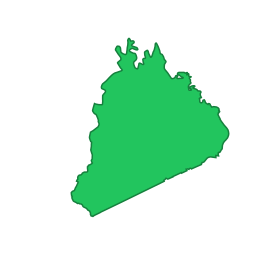 outline of Boroondara, Victoria, Australia, rotated 56°
{"feature_id": "25037944B53457392645615", "entity_name": "Boroondara", "entity_type": "district", "adm_level": 2, "iso_a3": "AUS", "parent_name": "Australia", "parent_adm1": "Victoria", "projection": "albers", "projection_center": [145.049, -37.826], "detail": "fine", "context": "isolated", "style": "filled", "palette": "green", "viewbox_px": 256, "rotation_deg": 56, "n_neighbors": 0, "source": "geoboundaries", "source_scale": "gbopen_adm2", "svg_char_len": 5593}
<svg xmlns="http://www.w3.org/2000/svg" viewBox="0 0 256 256"><g transform="rotate(56 128 128)"><path d="M110.4,54.7L110.2,55.6L110.4,56.3L111.0,56.8L111.6,56.8L112.1,56.6L112.7,56.0L115.4,55.1L116.6,54.2L117.2,54.2L117.4,54.7L117.3,55.0L116.9,55.8L115.8,57.3L115.0,58.9L114.4,59.5L113.9,59.5L113.5,59.2L113.3,58.9L112.9,58.0L112.6,57.7L112.1,57.7L111.9,58.0L111.5,58.7L111.5,59.2L111.6,59.6L112.4,60.7L112.5,61.6L112.3,62.7L111.8,63.8L111.3,64.2L110.7,64.3L104.4,64.3L100.3,64.7L99.0,64.6L97.9,64.0L95.7,62.3L94.4,59.6L93.9,59.3L93.4,59.3L91.3,59.5L88.7,58.7L86.9,58.6L86.1,58.6L85.1,59.3L84.0,59.5L81.6,58.5L77.4,57.5L74.3,57.1L73.5,57.1L73.3,57.2L73.2,57.6L73.4,58.1L73.6,58.4L75.4,59.8L77.7,62.3L78.5,63.4L79.1,64.6L81.5,67.6L82.1,68.7L82.2,69.1L82.0,69.6L81.5,69.7L77.9,69.2L75.6,68.4L74.6,68.4L74.3,68.8L74.2,71.0L74.4,71.7L74.8,72.1L76.9,73.3L79.1,74.0L79.6,74.3L79.8,74.6L79.8,75.0L79.2,76.0L79.1,76.4L79.2,76.9L79.5,77.4L82.0,78.6L83.3,78.9L83.9,79.4L83.9,79.8L83.7,80.2L81.0,81.8L80.7,82.1L80.6,82.5L80.9,83.1L81.8,83.9L84.0,86.4L84.2,86.9L84.2,87.1L83.6,87.7L83.1,88.0L82.0,88.5L78.9,87.8L77.7,87.3L76.8,86.6L76.5,86.1L76.0,83.2L75.5,82.3L74.8,81.6L74.0,81.2L72.2,80.6L70.9,80.4L70.2,80.5L69.9,80.7L69.2,81.6L68.3,82.2L65.8,83.6L65.4,83.7L64.8,83.7L64.3,83.3L64.1,82.7L64.1,80.8L64.4,80.0L64.9,79.4L65.9,78.9L67.8,77.5L68.4,76.7L68.4,76.1L68.3,75.9L67.6,75.7L66.3,75.7L62.5,78.6L61.9,78.8L61.3,78.7L61.0,78.2L60.7,75.4L60.2,74.9L59.6,74.7L59.1,74.8L58.5,75.2L57.5,77.1L57.2,77.2L55.7,76.8L54.5,76.9L54.2,77.3L54.3,77.8L54.8,78.7L55.2,79.2L56.8,80.0L58.9,81.6L61.0,83.7L62.5,84.9L65.2,87.3L65.7,87.9L65.7,88.9L65.6,89.2L64.1,90.4L62.6,91.1L61.5,91.4L60.8,91.3L57.4,89.5L56.6,89.4L55.7,89.5L55.2,89.8L54.3,90.9L54.2,91.5L54.4,91.7L54.4,92.0L55.4,93.9L56.0,94.5L56.3,94.7L61.3,94.8L64.7,94.6L65.9,94.8L66.9,95.3L67.5,96.0L67.8,99.4L68.0,100.1L68.3,100.3L73.9,100.6L76.2,100.3L76.8,100.6L76.9,101.0L76.8,101.8L75.7,106.0L75.1,108.0L75.0,109.1L75.0,110.5L75.2,112.4L75.5,113.8L75.7,115.0L76.8,119.6L77.3,124.5L78.0,125.8L79.1,127.1L79.8,127.5L80.5,127.7L81.0,127.5L82.9,126.3L83.8,125.9L84.5,125.9L85.2,126.3L85.4,126.5L86.0,127.8L86.4,129.7L87.0,130.9L89.6,132.7L92.0,134.2L94.1,136.0L94.2,136.3L94.0,136.8L92.4,139.1L90.0,141.5L89.0,142.1L91.9,145.6L93.6,147.5L94.3,147.8L96.3,147.9L97.5,147.7L98.9,146.9L100.4,147.1L103.0,147.6L104.7,148.1L105.3,148.4L106.1,149.1L108.4,149.6L108.9,150.0L109.8,151.3L110.3,152.2L110.7,158.6L110.5,161.4L113.3,164.3L114.0,165.0L114.8,165.5L116.5,166.0L118.4,166.4L119.4,166.1L120.3,166.8L120.8,167.3L122.7,168.6L125.4,171.1L127.2,171.7L130.0,172.5L130.6,172.8L133.6,175.0L133.9,175.4L134.3,176.5L134.5,176.6L135.5,176.9L136.1,177.1L137.0,177.1L137.3,177.8L137.3,179.1L137.1,180.6L136.8,181.5L137.0,182.0L137.5,182.7L137.5,183.3L138.9,184.2L140.5,185.0L141.3,185.6L141.5,186.2L141.5,186.6L141.3,187.2L140.3,188.6L140.1,189.0L139.9,191.0L140.5,192.3L140.6,193.1L139.8,194.9L140.0,195.5L140.0,196.1L140.4,196.8L141.1,197.5L142.4,198.2L142.5,198.4L142.5,199.1L143.3,200.4L144.9,199.5L145.6,200.3L147.5,203.5L148.3,205.2L149.0,206.1L149.8,207.5L149.8,207.9L149.5,209.0L149.5,209.8L149.7,210.6L149.9,211.2L151.5,212.1L152.2,212.4L152.6,212.4L152.8,212.7L153.0,212.6L153.7,212.6L154.2,213.3L155.5,213.9L156.3,213.8L157.3,214.1L158.1,214.1L159.0,213.7L160.8,212.6L161.3,212.5L162.5,211.9L162.7,211.2L163.0,210.8L164.0,210.4L164.6,209.5L164.9,209.3L166.1,208.9L167.5,209.1L168.2,209.1L168.9,208.8L170.9,207.6L171.8,207.3L173.6,207.2L175.3,206.3L177.3,206.6L177.9,206.9L178.5,207.4L180.0,207.7L180.4,207.7L180.8,207.0L181.6,206.9L181.7,207.1L181.6,204.9L182.5,198.6L182.6,196.5L182.7,196.2L185.8,174.9L192.4,127.8L191.4,127.6L191.4,126.1L190.9,124.6L192.6,123.6L192.8,122.7L193.6,118.2L193.3,118.2L194.8,108.7L195.4,108.8L196.3,103.0L194.7,102.8L195.0,102.3L195.2,101.5L196.4,100.6L196.0,99.8L196.1,99.4L196.2,98.9L196.7,98.4L197.4,98.3L198.1,94.2L199.3,87.7L199.0,87.7L198.1,85.9L198.3,85.8L198.6,83.7L197.4,79.8L197.2,78.7L197.3,77.9L197.6,76.8L198.1,75.7L201.7,71.7L199.9,70.5L201.8,68.5L201.4,68.3L200.1,68.0L199.9,67.7L199.0,66.9L199.2,66.5L199.0,65.9L199.4,65.7L199.4,65.2L199.3,64.7L198.4,63.3L198.3,62.6L197.9,61.6L195.1,59.3L193.8,57.5L193.0,55.6L192.7,53.9L191.8,50.9L190.3,48.8L189.1,47.7L187.3,46.8L186.1,46.4L185.3,46.2L183.0,46.2L179.3,46.7L174.5,46.9L172.4,46.8L171.5,46.4L170.4,46.4L167.1,45.9L166.6,45.1L166.3,45.0L166.3,44.7L165.9,44.5L165.9,43.5L165.7,42.9L165.4,42.8L165.1,43.2L164.6,42.7L164.1,42.9L163.8,42.6L163.5,42.1L162.8,41.9L161.8,42.0L160.2,42.8L158.3,44.9L158.0,45.4L157.7,46.6L157.5,46.9L157.1,46.8L155.2,47.0L154.5,46.7L154.1,46.7L153.6,46.8L153.2,47.1L152.9,47.4L152.9,47.8L153.2,48.5L150.7,49.5L150.3,49.6L148.6,49.1L147.4,49.0L147.0,49.9L147.0,50.4L148.1,51.4L148.3,52.5L148.1,53.2L147.8,53.5L147.1,53.8L146.3,53.8L144.8,52.8L143.5,52.4L143.3,52.0L143.8,50.7L143.7,50.1L142.5,50.0L141.0,49.6L139.8,48.7L139.1,47.5L138.4,47.3L137.5,47.7L137.1,48.4L136.2,49.3L135.8,49.4L134.7,49.4L134.1,49.7L131.4,51.7L131.2,51.7L130.9,51.3L131.0,49.8L130.9,49.4L130.5,49.2L130.0,49.5L129.5,50.2L128.9,51.5L128.7,52.7L128.5,54.0L128.6,54.3L128.9,54.7L130.9,54.0L131.5,54.1L131.8,54.3L131.9,54.7L131.3,55.6L130.9,56.1L130.4,56.2L128.1,55.2L127.2,54.6L126.9,54.2L126.3,52.9L126.1,51.9L126.1,51.3L125.9,50.7L125.5,50.5L124.4,50.4L123.0,49.3L121.4,49.4L120.9,49.2L120.6,48.6L121.0,47.4L120.7,47.1L119.4,48.4L119.1,48.6L118.3,48.3L117.4,47.5L116.9,47.5L116.7,47.9L116.9,49.1L116.7,49.4L116.4,49.1L115.7,48.0L115.5,47.9L115.2,47.9L114.7,48.8L114.7,49.7L114.3,50.0L113.3,50.4L110.4,54.7Z" fill="#22c55e" stroke="#15803d" stroke-width="1.5"/></g></svg>